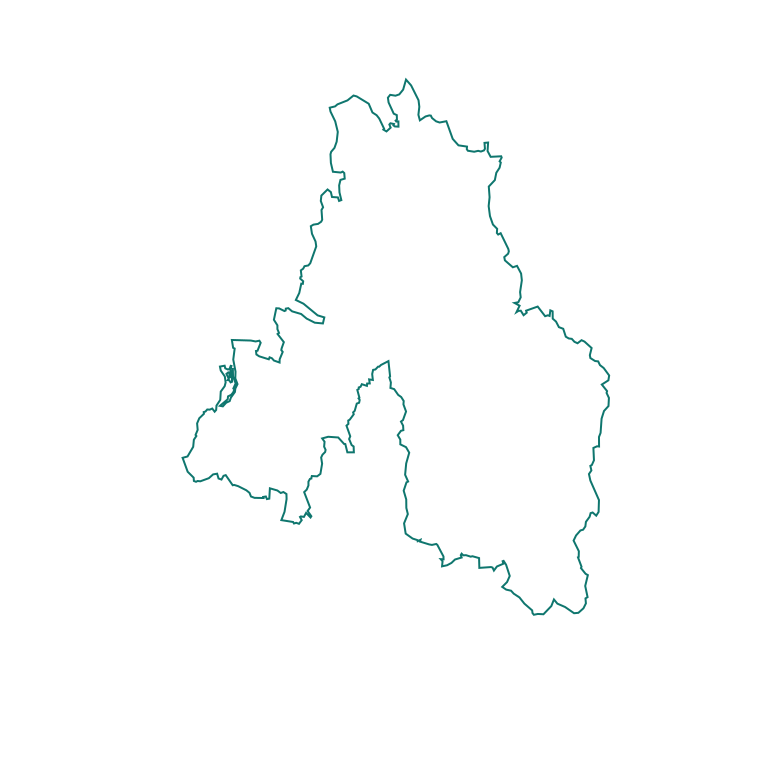 Hida, Salaj, Romania, rotated 70°
{"feature_id": "2599482B84392497603638", "entity_name": "Hida", "entity_type": "district", "adm_level": 2, "iso_a3": "ROU", "parent_name": "Romania", "parent_adm1": "Salaj", "projection": "natural_earth1", "projection_center": [23.327, 47.064], "detail": "fine", "context": "isolated", "style": "outline", "palette": "teal", "viewbox_px": 768, "rotation_deg": 70, "n_neighbors": 0, "source": "geoboundaries", "source_scale": "gbopen_adm2", "svg_char_len": 6165}
<svg xmlns="http://www.w3.org/2000/svg" viewBox="0 0 768 768"><g transform="rotate(70 384 384)"><path d="M410.1,595.8L411.6,594.1L411.4,592.3L412.6,589.9L412.6,580.8L410.5,575.5L411.2,571.5L416.2,571.8L418.2,569.4L415.4,566.2L415.5,563.9L427.4,560.8L427.6,559.3L430.1,556.0L436.8,549.7L440.3,547.6L444.2,547.5L446.7,544.6L449.9,536.3L448.8,536.2L449.3,533.5L452.1,533.4L452.5,531.0L443.0,526.9L447.6,520.6L451.1,518.3L451.1,515.5L454.0,513.3L458.8,514.9L470.1,521.2L476.8,527.0L482.6,516.6L484.3,516.3L484.4,514.0L486.3,511.7L483.8,507.9L480.2,508.4L480.0,507.4L481.5,504.7L478.5,501.3L484.3,498.7L483.4,497.5L477.2,499.2L474.8,495.7L458.3,496.0L456.8,492.7L453.5,489.7L449.9,488.4L447.9,486.1L448.0,483.8L447.6,484.5L445.8,483.3L447.9,478.4L446.7,474.5L437.7,469.4L431.6,468.2L429.4,466.0L427.8,462.6L425.9,461.4L422.4,461.7L417.9,459.6L414.0,460.7L414.5,454.5L418.6,445.3L426.7,442.0L427.2,440.9L435.7,441.8L437.9,435.7L432.3,433.9L430.3,435.3L423.8,435.6L421.6,433.6L410.3,433.5L409.3,431.1L406.1,430.1L405.8,428.4L402.1,422.8L400.1,422.7L399.2,420.7L393.1,416.3L393.1,413.8L390.7,412.3L388.8,412.8L388.5,411.8L380.4,411.1L380.0,409.4L378.6,408.9L378.6,407.0L376.6,404.9L379.9,400.7L377.8,399.7L378.6,397.2L374.6,396.4L376.4,393.1L370.6,391.7L367.0,389.4L367.4,387.1L365.7,383.7L366.1,382.6L365.1,380.4L364.0,372.0L379.0,375.7L379.6,376.7L384.9,377.0L389.9,379.3L392.3,376.2L399.1,374.4L402.1,372.3L406.7,371.3L409.8,372.7L417.4,372.7L424.4,378.5L425.1,380.9L429.7,380.3L434.0,381.6L433.8,384.1L436.8,388.6L441.8,387.7L446.3,389.3L450.9,384.9L457.2,383.8L466.2,390.3L476.5,395.2L483.9,394.7L484.1,396.5L491.0,402.0L500.1,402.6L508.1,405.4L514.4,406.1L521.8,412.8L532.0,414.8L539.0,410.0L542.2,405.9L543.2,406.1L542.9,403.0L544.4,404.1L550.2,396.4L551.6,394.0L552.2,389.6L553.4,388.9L566.4,387.1L569.1,388.0L568.0,390.6L570.6,389.6L575.2,391.8L575.9,386.7L575.2,381.8L573.2,377.3L573.6,370.4L571.1,370.4L570.0,369.1L572.1,368.1L572.9,365.5L575.9,361.6L576.1,359.8L580.1,354.2L589.4,357.3L592.6,346.1L593.6,344.8L596.9,344.5L594.1,340.3L593.7,333.3L591.1,333.1L591.1,332.1L595.6,331.1L607.4,331.5L612.2,336.1L615.1,342.3L619.0,339.5L621.7,335.3L625.4,333.8L630.9,329.7L638.4,327.2L647.4,322.2L650.1,322.8L652.1,322.1L652.7,318.1L654.9,312.9L649.9,302.7L644.6,298.0L649.7,296.2L655.5,290.1L664.4,283.8L665.5,279.6L663.0,273.3L659.2,269.3L654.4,268.0L653.9,265.6L642.6,264.0L633.3,257.8L631.3,259.5L624.3,261.9L623.3,260.9L613.2,261.0L613.1,260.2L607.8,258.1L596.0,259.4L592.0,255.3L588.8,249.5L589.0,246.7L586.7,243.5L582.6,241.4L579.1,236.2L576.0,234.0L576.1,231.9L580.3,229.6L577.6,226.1L566.6,221.7L545.3,223.1L538.7,222.2L536.2,218.7L531.5,218.1L531.2,216.4L527.5,212.8L515.7,209.1L515.4,205.1L516.3,203.3L507.3,200.1L504.0,197.2L491.0,191.4L484.6,186.5L481.5,180.6L474.0,177.4L468.5,177.9L467.0,176.8L459.0,179.5L457.3,171.9L453.0,169.5L444.1,172.1L440.1,174.6L436.0,175.0L434.6,177.8L430.2,181.2L427.3,180.7L421.2,176.6L412.7,181.1L410.4,183.4L411.9,188.2L409.5,190.6L405.8,192.1L404.4,194.8L401.7,197.0L393.4,196.7L390.4,200.2L384.2,201.0L380.3,203.1L373.4,200.7L371.7,202.5L376.7,205.1L375.5,206.5L375.4,209.4L363.8,213.1L363.7,225.4L365.8,225.5L367.1,229.3L361.9,230.4L361.3,232.6L361.8,234.9L356.8,229.8L352.5,233.6L353.1,229.8L349.3,225.9L344.2,224.7L333.7,219.0L327.1,217.4L318.5,218.6L318.4,223.0L309.2,228.1L305.9,227.6L304.0,222.8L302.0,221.3L299.5,221.0L282.2,222.8L282.6,225.6L280.7,226.3L276.9,224.6L271.4,227.1L262.5,227.0L252.6,224.8L244.6,220.9L234.3,218.0L230.3,210.1L223.9,206.2L220.3,201.4L215.8,198.5L214.3,199.2L211.5,196.0L210.1,196.0L207.0,206.1L200.5,207.0L192.7,203.6L191.8,207.1L197.5,208.7L198.7,210.2L198.7,213.4L197.1,215.8L196.6,219.8L193.5,225.4L191.7,225.9L189.3,224.8L185.2,232.4L177.2,235.6L158.4,235.5L157.3,242.3L155.0,245.2L150.5,247.9L147.8,248.2L147.1,249.6L146.8,253.5L148.5,260.1L142.8,259.6L135.6,256.0L129.2,254.5L112.7,256.4L105.5,259.2L113.9,265.3L117.1,270.6L117.0,274.6L114.4,279.3L116.3,282.4L121.0,283.4L133.3,282.4L135.7,280.0L139.9,281.4L140.5,283.0L141.6,282.7L142.2,280.7L147.1,282.4L145.7,285.7L144.2,286.7L143.1,285.7L141.2,288.8L142.0,290.2L145.4,290.1L147.5,295.3L144.7,297.6L144.1,296.6L132.9,297.7L128.9,299.0L124.9,302.0L115.4,302.5L104.4,311.3L102.5,314.0L105.0,321.3L105.3,332.1L106.4,335.0L105.8,340.5L109.7,341.1L120.5,340.0L131.3,341.2L140.1,345.6L145.2,349.8L147.7,354.2L149.8,355.7L158.1,358.3L167.1,359.4L170.5,352.3L170.3,350.2L172.2,349.2L177.6,350.7L177.3,355.1L182.0,358.2L188.7,360.3L196.6,361.2L196.6,363.6L192.9,363.5L190.5,368.9L185.5,368.3L181.9,370.5L185.5,378.4L190.4,380.8L197.1,380.8L199.1,383.2L208.5,385.9L210.0,387.5L211.0,391.2L210.1,395.8L210.7,398.8L218.2,400.3L226.7,399.6L231.5,400.6L245.3,412.0L246.7,414.6L246.1,418.4L248.0,420.5L248.8,423.3L254.8,424.7L255.0,426.0L256.3,426.7L259.8,424.8L262.1,426.0L261.4,427.4L269.5,432.5L274.9,438.1L281.0,432.2L296.8,422.9L301.0,417.3L306.2,420.7L302.7,428.1L296.1,434.3L289.9,437.9L284.3,445.5L280.0,448.0L279.6,450.5L281.3,451.3L281.4,452.6L277.1,456.7L276.0,459.3L286.0,465.5L292.4,464.1L296.0,465.4L300.1,465.2L300.6,466.9L310.4,463.8L315.5,468.0L317.0,468.9L319.2,468.2L325.1,473.6L328.1,474.8L324.3,479.4L321.5,480.5L319.8,482.4L321.4,483.8L315.3,491.8L312.6,493.8L309.2,493.0L309.5,491.5L303.1,485.8L300.7,486.3L300.1,490.1L297.6,494.3L290.6,511.9L298.4,513.4L299.6,512.2L309.5,517.3L321.6,519.3L327.8,521.8L334.0,521.7L337.5,525.3L340.5,526.8L344.4,532.5L347.3,534.9L347.6,538.7L349.9,543.1L348.4,545.6L344.9,536.1L342.3,534.8L341.9,531.3L340.4,528.7L338.0,526.5L336.7,527.1L332.7,523.2L325.3,523.3L317.3,520.6L323.0,523.8L329.9,526.0L330.0,527.6L327.5,528.2L326.9,529.5L325.8,528.1L320.6,528.6L319.8,526.3L320.3,525.6L325.0,526.6L325.0,525.6L317.9,523.4L314.9,521.2L314.5,521.8L317.0,524.0L317.0,525.7L315.0,527.8L312.3,527.5L311.5,532.2L315.5,532.8L322.5,531.0L328.4,532.3L331.6,534.5L335.3,540.0L342.9,543.3L347.0,548.8L351.0,550.6L352.1,552.6L348.3,553.8L348.5,556.5L347.5,558.8L348.8,561.2L348.7,563.0L350.4,563.4L353.0,569.3L357.1,573.1L363.4,574.8L367.4,578.5L368.7,578.1L371.3,581.7L377.8,584.8L384.9,593.4L384.5,598.5L399.3,598.5L406.9,594.9L410.1,595.8Z" fill="none" stroke="#0f766e" stroke-width="2"/></g></svg>